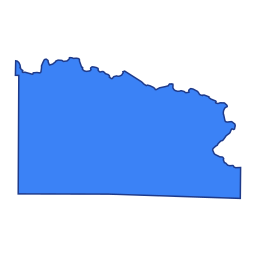 the district of Florence, Wisconsin, United States of America
{"feature_id": "52423323B70097344617018", "entity_name": "Florence", "entity_type": "district", "adm_level": 2, "iso_a3": "USA", "parent_name": "United States of America", "parent_adm1": "Wisconsin", "projection": "natural_earth1", "projection_center": [-88.334, 45.867], "detail": "fine", "context": "isolated", "style": "filled", "palette": "blue", "viewbox_px": 256, "rotation_deg": 0, "n_neighbors": 0, "source": "geoboundaries", "source_scale": "gbopen_adm2", "svg_char_len": 2465}
<svg xmlns="http://www.w3.org/2000/svg" viewBox="0 0 256 256"><path d="M240.6,167.5L235.7,167.7L234.1,167.1L233.4,165.9L232.9,165.5L229.7,165.7L227.7,165.2L225.7,163.1L224.4,162.6L223.3,159.8L223.6,159.2L223.7,158.6L222.9,157.4L222.2,157.0L219.8,156.8L215.0,154.4L214.1,153.5L212.6,150.0L213.0,148.7L213.5,148.1L215.6,146.2L217.3,145.2L218.1,143.6L220.4,141.3L221.4,140.7L222.3,140.6L223.2,139.9L226.2,135.7L229.6,133.1L230.1,132.4L231.0,130.1L231.8,129.0L232.2,128.9L233.7,129.5L234.5,129.0L235.2,125.8L234.9,124.1L232.1,121.9L231.3,121.6L227.1,122.1L225.5,121.6L224.9,120.5L223.6,114.5L223.4,114.3L223.3,112.6L223.5,111.0L223.9,109.8L224.8,108.1L225.8,107.3L227.2,106.6L227.2,106.0L226.8,105.1L224.5,103.0L223.9,102.9L220.0,102.8L219.5,103.1L218.9,103.3L217.7,103.5L216.1,103.1L215.6,102.7L215.7,102.4L216.1,101.7L215.7,101.0L210.8,99.0L209.0,97.6L208.8,97.3L208.9,96.8L204.4,95.1L202.8,95.1L202.5,95.5L200.3,94.9L199.4,94.2L198.4,92.5L197.5,91.4L193.2,89.1L192.4,88.9L190.9,88.6L190.4,88.7L188.8,90.2L188.9,92.3L186.1,92.7L185.5,92.6L184.1,91.5L181.6,90.8L181.0,90.7L179.5,91.2L177.6,91.3L175.3,90.6L174.3,90.0L173.6,89.1L173.1,88.2L172.8,87.1L173.0,86.1L172.9,84.2L171.9,83.9L171.5,83.9L171.5,84.1L169.8,83.9L169.2,84.3L168.2,85.8L164.9,86.7L159.6,87.8L156.3,89.6L155.3,89.6L154.7,88.4L153.2,87.3L150.1,85.8L147.5,85.1L146.2,85.6L143.4,83.7L142.7,82.8L141.1,81.5L124.7,71.1L122.9,71.7L123.2,72.7L121.6,75.2L119.3,76.2L117.9,76.3L116.6,75.9L114.0,76.6L113.6,76.8L112.3,78.5L111.5,78.6L110.3,77.9L109.3,77.1L109.6,76.3L109.2,75.5L108.2,74.6L105.3,73.6L104.7,72.7L103.3,71.6L102.1,71.5L100.1,72.0L99.5,71.8L98.1,70.3L98.2,69.0L98.0,68.4L96.5,67.6L94.0,67.0L92.1,66.8L90.7,67.9L90.6,68.8L91.0,69.7L90.3,70.6L89.2,71.0L86.4,71.4L84.3,70.9L82.6,69.5L82.3,69.0L82.7,68.1L82.7,67.7L82.1,67.1L81.6,67.1L79.5,61.2L79.4,59.5L79.0,58.9L78.2,58.5L76.4,58.2L73.3,58.4L72.0,57.8L70.0,57.6L69.5,57.7L69.6,58.2L69.1,59.0L67.6,60.5L66.9,61.0L63.4,61.4L61.9,60.4L58.1,60.1L55.9,61.0L55.4,61.9L52.6,64.1L49.6,65.0L49.3,64.7L48.2,62.0L48.1,60.7L47.9,60.4L46.4,59.2L45.1,59.3L44.2,59.9L43.0,62.3L41.5,65.8L41.5,67.8L41.0,71.6L40.6,72.4L39.8,72.9L37.0,72.5L33.4,72.8L33.1,73.0L32.8,74.1L32.2,74.2L24.9,72.2L23.6,72.4L23.0,72.4L22.7,72.3L22.3,71.9L22.5,71.2L22.8,70.8L22.7,70.4L21.4,69.6L20.0,67.7L20.1,67.3L20.4,67.3L20.0,65.0L18.8,62.5L17.2,61.1L15.7,60.8L15.4,75.3L18.8,75.4L18.2,193.9L108.4,194.1L240.3,198.4L240.6,167.5Z" fill="#3b82f6" stroke="#1e3a8a" stroke-width="1.5"/></svg>